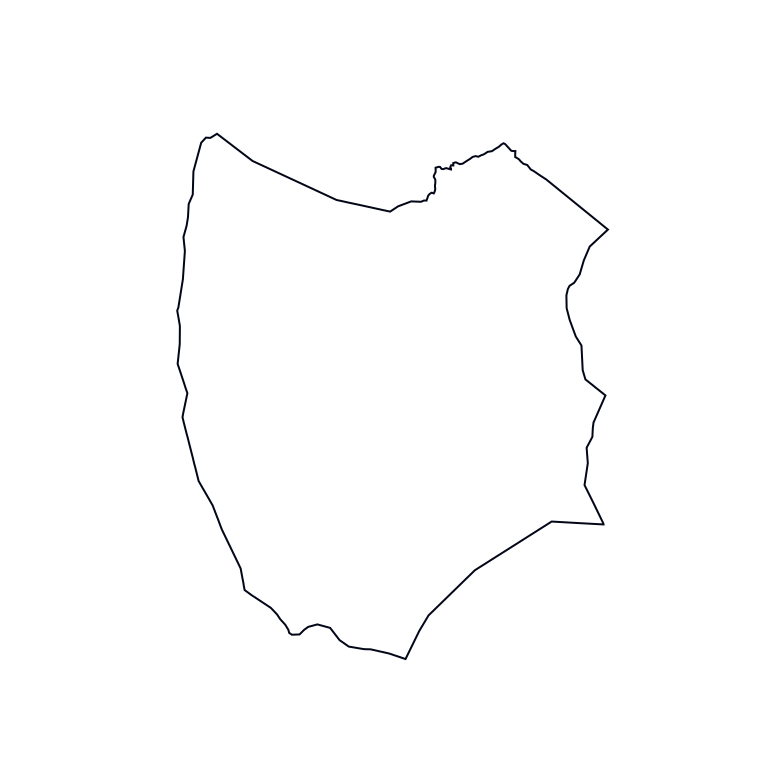 outline of Akwanga, Nassarawa, Nigeria, rotated 200°
{"feature_id": "59680162B44141715713069", "entity_name": "Akwanga", "entity_type": "district", "adm_level": 2, "iso_a3": "NGA", "parent_name": "Nigeria", "parent_adm1": "Nassarawa", "projection": "albers", "projection_center": [8.354, 9.0], "detail": "fine", "context": "isolated", "style": "outline", "palette": "ink", "viewbox_px": 768, "rotation_deg": 200, "n_neighbors": 0, "source": "geoboundaries", "source_scale": "gbopen_adm2", "svg_char_len": 2278}
<svg xmlns="http://www.w3.org/2000/svg" viewBox="0 0 768 768"><g transform="rotate(200 384 384)"><path d="M129.7,327.1L130.2,328.0L146.9,344.2L161.0,357.6L165.4,379.3L171.8,393.4L170.1,405.6L172.7,414.0L174.0,419.7L173.9,419.9L172.0,449.0L196.3,457.2L202.0,464.9L211.6,487.7L220.0,494.2L231.4,507.7L238.3,517.7L242.9,529.6L243.7,536.1L243.2,539.8L239.9,544.2L238.8,548.7L237.6,553.9L238.5,568.4L237.7,583.5L232.0,594.7L226.4,605.7L301.5,631.7L308.9,633.4L316.2,635.3L319.5,635.8L324.3,638.8L328.3,638.6L331.8,640.0L334.0,641.3L337.0,642.0L338.3,642.1L339.5,645.3L340.2,647.8L342.4,647.0L344.2,646.7L352.2,650.9L354.0,651.1L355.5,649.3L357.3,646.1L359.9,642.9L362.2,639.7L366.0,637.6L367.4,635.7L369.0,633.7L371.0,632.1L373.1,629.8L375.8,629.5L378.4,627.7L379.9,625.3L383.0,621.3L385.5,617.9L388.1,616.5L392.3,616.9L394.5,615.3L393.6,613.1L394.6,612.8L395.7,612.5L395.8,611.4L395.9,610.3L394.6,609.3L394.4,608.5L399.5,608.1L402.0,606.1L403.5,605.8L405.4,607.1L406.7,606.9L409.5,604.9L408.0,601.0L408.2,598.6L408.4,596.9L408.1,595.7L405.7,593.6L404.7,591.1L403.9,587.6L402.5,584.7L402.2,582.1L402.4,580.1L404.6,580.1L406.0,578.4L406.9,576.1L406.8,572.8L406.8,570.9L409.2,570.1L411.5,567.9L420.9,564.9L431.5,555.8L437.2,548.1L445.1,547.0L469.7,543.7L478.8,542.4L485.8,541.5L491.4,540.7L492.7,540.8L547.3,545.5L583.7,548.6L626.5,562.0L631.3,555.9L635.6,554.6L638.3,548.2L635.8,518.6L628.5,496.6L629.1,486.4L625.2,473.5L623.6,465.1L622.7,453.5L616.6,440.9L608.8,413.6L603.4,385.6L603.4,382.2L598.7,374.1L595.6,368.6L589.6,351.7L589.0,349.3L584.8,332.3L579.3,325.4L572.5,316.8L569.1,312.4L565.6,308.1L562.7,288.0L562.0,283.9L558.7,278.9L555.9,274.8L552.3,269.5L550.7,267.3L546.9,261.7L546.3,260.8L538.1,248.8L535.5,244.8L532.6,240.7L525.0,229.4L518.7,224.1L511.9,218.4L503.5,211.3L501.5,209.0L494.8,201.3L494.5,201.0L488.1,193.5L486.7,191.9L479.3,184.7L464.1,169.9L455.6,161.6L450.6,153.1L447.7,148.3L447.4,147.6L444.5,142.7L436.6,140.4L413.7,134.9L405.7,130.9L401.1,127.5L394.4,124.0L389.7,120.2L388.0,117.7L384.8,116.9L377.7,119.8L375.0,125.6L372.2,129.8L364.4,135.3L351.2,136.4L338.1,128.1L327.3,125.2L312.1,128.0L305.8,130.1L287.0,132.5L269.7,132.9L266.4,164.0L263.0,181.8L234.9,240.1L179.4,312.1L155.1,319.4L129.7,327.1Z" fill="none" stroke="#020617" stroke-width="2"/></g></svg>